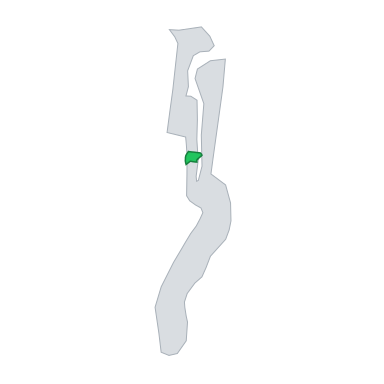 Kiang East, Lower River, Gambia shown in context, rotated 97°
{"feature_id": "56634734B11412565261125", "entity_name": "Kiang East", "entity_type": "district", "adm_level": 2, "iso_a3": "GMB", "parent_name": "Gambia", "parent_adm1": "Lower River", "projection": "orthographic", "projection_center": [-15.639, 13.417], "detail": "fine", "context": "in_parent", "style": "filled", "palette": "green", "viewbox_px": 384, "rotation_deg": 97, "n_neighbors": 0, "source": "geoboundaries", "source_scale": "gbopen_adm2", "svg_char_len": 2058}
<svg xmlns="http://www.w3.org/2000/svg" viewBox="0 0 384 384"><g transform="rotate(97 192 192)"><path d="M56.0,175.1L83.9,174.1L117.6,174.6L154.4,175.2L171.8,175.4L180.9,159.5L198.2,152.4L215.9,149.8L225.1,150.5L234.8,152.8L253.5,165.9L265.2,168.8L275.0,171.8L282.1,178.1L293.3,184.4L302.1,186.1L307.3,185.1L316.0,182.6L321.7,180.6L340.4,179.6L354.1,186.9L357.0,194.9L354.8,203.1L336.4,207.6L310.9,214.6L289.8,211.0L264.0,201.7L249.0,195.1L242.7,192.4L233.3,188.2L225.2,183.6L217.3,180.6L211.2,178.7L206.8,181.1L204.5,186.8L201.0,193.2L196.4,196.9L174.8,199.2L155.5,201.5L145.1,203.5L138.2,205.0L136.0,224.0L114.1,223.8L92.6,223.5L70.3,223.8L46.3,224.1L40.1,228.0L33.6,234.2L33.0,224.7L27.0,202.8L35.2,193.3L44.1,187.8L50.1,192.3L51.9,201.2L56.5,207.3L72.2,211.1L87.9,208.4L97.4,209.7L97.1,204.8L100.3,198.2L119.3,195.5L139.3,193.6L159.9,189.7L176.0,189.8L180.8,188.7L179.7,187.1L165.2,185.2L134.3,189.7L102.9,191.0L79.0,202.8L69.3,201.6L59.5,189.8L56.0,175.1Z" fill="#d9dde1" stroke="#a8b0b8" stroke-width="1"/><path d="M161.7,190.8L161.3,190.9L161.1,191.0L160.8,191.0L160.6,191.1L160.2,191.0L159.9,191.0L159.7,191.0L159.6,190.9L159.2,190.8L159.1,190.7L159.1,190.8L158.9,190.7L158.7,190.6L158.3,190.3L158.2,190.2L157.9,189.9L157.6,189.6L157.3,189.3L157.2,189.1L157.0,188.9L156.8,188.8L156.8,188.7L156.6,188.6L156.4,188.4L156.3,188.2L156.1,188.1L155.9,187.9L155.6,187.6L155.4,187.5L155.4,187.4L155.2,187.3L155.2,187.2L154.7,186.9L154.5,186.7L154.4,186.6L153.7,186.9L153.3,187.2L152.9,187.6L152.7,187.9L152.4,188.3L152.2,188.6L152.2,191.5L152.2,193.4L152.2,193.8L152.2,194.1L152.2,194.8L152.2,195.0L152.2,195.3L152.3,197.3L152.3,198.3L152.3,199.5L152.2,200.5L153.1,200.9L154.2,201.5L155.2,202.0L155.6,202.1L155.9,202.3L156.5,202.5L157.0,202.6L158.4,202.7L159.1,202.7L159.3,202.6L160.7,202.5L161.1,202.5L162.1,202.4L162.6,202.2L163.1,202.1L163.9,201.8L164.0,201.8L164.1,201.7L165.4,201.2L163.2,199.0L161.7,197.5L161.7,196.1L161.7,195.7L161.8,195.2L161.8,194.9L161.8,192.2L161.7,190.8L161.7,190.8Z" fill="#22c55e" stroke="#15803d" stroke-width="1.5"/></g></svg>